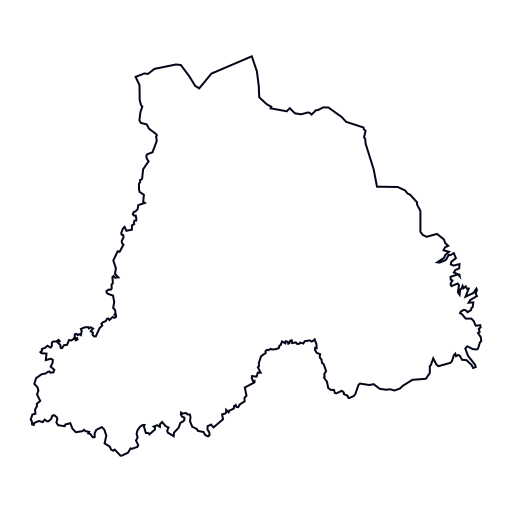 the district of Bela Vista, Mato Grosso do Sul, Brazil
{"feature_id": "56859067B95751295676560", "entity_name": "Bela Vista", "entity_type": "district", "adm_level": 2, "iso_a3": "BRA", "parent_name": "Brazil", "parent_adm1": "Mato Grosso do Sul", "projection": "natural_earth1", "projection_center": [-56.561, -21.914], "detail": "fine", "context": "isolated", "style": "outline", "palette": "ink", "viewbox_px": 512, "rotation_deg": 0, "n_neighbors": 0, "source": "geoboundaries", "source_scale": "gbopen_adm2", "svg_char_len": 6013}
<svg xmlns="http://www.w3.org/2000/svg" viewBox="0 0 512 512"><path d="M479.6,331.9L478.8,328.9L480.6,327.3L480.2,325.2L475.7,325.7L473.7,321.1L471.4,318.6L465.7,318.6L461.6,313.8L460.1,313.3L460.8,311.5L464.0,309.8L466.2,310.6L467.5,312.2L471.1,310.0L471.3,308.2L472.7,307.1L473.3,302.4L468.6,302.7L470.3,300.0L476.9,296.1L475.6,293.4L477.0,290.0L476.4,288.6L473.2,293.1L465.5,296.7L468.7,288.6L466.8,288.6L465.7,286.3L463.6,288.1L462.6,285.9L461.5,288.9L460.1,289.5L459.6,294.7L457.9,292.2L459.0,285.3L457.7,283.5L451.5,286.1L450.5,284.1L452.4,280.5L450.7,279.6L450.6,276.8L458.0,274.3L453.9,272.5L455.4,270.0L459.2,268.4L459.5,264.1L453.5,265.6L450.8,264.4L451.3,261.8L455.9,258.2L453.8,253.2L450.2,255.2L448.7,255.0L445.8,260.0L439.6,262.6L437.3,262.3L444.1,257.8L445.3,255.0L449.0,251.8L443.6,250.3L444.9,247.5L448.2,245.8L445.3,243.2L443.8,239.3L437.0,233.9L426.6,236.8L422.7,234.9L420.4,231.7L420.4,210.8L417.0,204.5L417.1,202.4L410.2,194.8L407.4,193.4L405.2,190.5L397.7,187.0L377.0,186.7L373.7,169.5L365.6,143.6L365.2,138.8L364.0,137.3L365.6,130.9L363.9,129.3L363.5,127.5L346.1,121.8L341.8,117.1L328.4,107.5L323.2,107.4L317.9,110.1L316.0,110.2L311.6,114.6L309.5,112.7L307.8,112.5L301.0,114.3L294.9,113.3L289.8,108.2L286.8,111.3L270.6,108.3L271.3,106.7L266.8,104.3L259.2,97.3L258.8,86.5L256.9,71.4L251.8,56.3L211.4,73.6L199.2,88.4L195.1,85.8L189.3,76.3L180.8,65.0L175.9,64.5L154.4,68.9L148.0,73.9L144.2,73.5L135.6,76.9L139.5,85.1L139.7,100.1L141.0,105.1L142.3,106.6L140.4,112.3L139.4,120.3L140.9,122.9L146.7,124.4L148.9,128.6L155.9,133.9L156.9,135.3L156.1,136.8L156.8,140.8L152.5,152.3L147.1,154.3L146.3,156.1L146.8,158.7L148.6,161.3L143.1,169.3L142.2,178.1L141.5,179.5L140.1,180.0L140.2,181.8L139.0,183.8L139.0,189.7L139.6,191.9L143.9,194.8L143.2,201.8L144.8,202.9L138.2,205.2L137.7,209.0L135.4,211.5L133.7,212.0L132.8,214.4L134.2,215.7L135.7,215.5L136.4,218.9L136.1,220.6L134.6,220.6L133.9,222.1L134.2,224.1L131.9,225.4L131.9,229.7L126.4,230.8L124.6,226.9L122.8,228.7L121.3,233.0L121.6,234.7L123.2,235.1L123.6,236.9L121.7,241.2L122.1,243.3L123.5,244.7L119.6,251.8L117.7,251.3L113.3,260.5L115.9,268.3L115.0,273.9L118.3,277.4L115.0,277.7L113.5,276.0L112.4,277.1L112.9,283.1L111.5,284.7L111.7,288.4L110.8,289.7L108.7,289.6L106.4,291.1L106.8,292.9L108.1,293.9L113.0,295.6L114.2,301.9L113.2,308.0L115.1,310.1L115.5,313.3L114.5,314.6L116.0,315.0L116.0,316.9L114.3,317.8L112.8,317.0L109.4,320.0L108.5,318.6L107.1,318.7L105.8,321.1L102.8,322.3L101.4,323.8L102.3,325.5L99.5,328.2L95.8,336.4L94.2,336.4L92.5,334.7L92.9,332.6L90.8,331.3L93.1,328.6L90.6,327.3L89.0,328.5L88.2,327.1L84.5,327.4L80.9,329.0L81.7,331.2L80.8,335.2L79.1,334.2L77.7,335.1L76.4,333.9L74.8,334.3L74.6,338.3L71.2,340.5L69.1,340.0L67.0,344.9L64.1,345.1L61.9,348.2L60.7,347.8L60.2,344.8L57.9,342.8L59.7,341.2L58.7,339.9L56.1,341.5L53.0,341.5L51.9,342.7L51.8,346.1L50.6,347.6L47.5,345.8L44.8,348.0L41.9,349.0L42.0,350.7L40.4,352.1L41.4,353.2L46.5,353.6L45.8,360.1L50.9,358.7L52.8,359.9L52.6,362.7L50.7,366.6L54.3,369.9L53.4,372.4L50.4,372.7L49.5,371.5L48.2,371.7L45.4,373.5L41.6,374.3L36.2,378.0L34.3,383.8L37.6,387.4L38.4,390.8L37.0,394.4L40.2,400.9L36.8,403.9L37.0,406.0L35.1,409.5L35.4,413.8L32.4,414.5L30.7,419.7L31.7,420.9L32.2,424.6L33.8,424.9L34.1,423.0L38.7,421.0L42.7,422.1L44.7,419.6L47.0,421.3L48.4,421.3L51.0,419.1L52.4,415.6L54.2,415.2L56.8,417.3L57.3,419.2L56.4,422.5L58.1,425.2L64.7,426.2L65.3,424.5L70.3,423.2L72.4,428.6L75.8,432.2L82.4,431.2L84.0,429.8L85.6,431.2L89.1,431.9L88.3,433.4L90.2,433.9L92.9,437.4L94.7,437.1L94.6,433.5L96.3,429.9L101.8,427.1L104.3,429.6L106.3,435.6L104.6,443.4L109.8,446.6L111.1,449.6L113.1,450.7L114.7,449.6L120.5,455.7L121.8,455.6L128.0,452.7L130.5,448.4L132.0,448.8L137.5,446.8L138.2,445.1L136.0,440.5L137.6,437.5L136.6,433.9L137.4,430.5L139.8,427.0L142.5,425.1L144.5,425.0L143.9,426.5L145.8,432.9L148.6,433.2L149.5,434.3L155.0,429.5L154.9,427.5L153.7,426.6L157.2,425.2L159.9,426.8L160.0,424.2L162.1,422.0L165.6,426.1L168.5,427.5L167.2,430.7L167.8,432.6L173.7,436.2L174.0,432.6L178.6,427.8L180.4,422.8L183.4,421.2L184.4,419.8L184.4,417.6L182.0,416.6L180.8,414.4L181.1,412.5L182.6,413.6L186.0,413.0L187.4,414.4L189.9,414.5L190.5,417.0L190.0,421.2L192.2,426.7L196.8,429.0L197.9,430.9L203.5,432.0L205.1,434.9L208.0,436.4L209.5,435.2L209.3,432.4L207.4,429.3L207.7,426.1L211.1,424.6L213.5,427.4L223.0,419.3L222.1,414.3L225.2,413.6L226.2,412.2L226.2,409.9L228.6,412.3L229.2,410.7L233.9,408.5L233.9,406.3L235.7,405.0L236.4,406.9L238.2,407.2L239.8,404.4L244.6,401.4L244.5,397.6L246.5,395.8L244.8,387.5L254.5,382.4L254.5,380.9L253.1,381.3L251.7,378.0L252.0,376.1L256.6,376.6L257.8,372.6L260.6,372.7L257.9,367.2L258.9,366.3L258.9,362.9L261.0,356.3L265.7,353.0L265.5,351.3L266.7,349.9L268.4,350.2L270.8,348.8L272.0,349.5L276.3,349.1L278.9,348.0L279.3,345.8L280.7,345.0L282.0,341.5L285.3,343.3L285.6,341.3L287.6,341.7L288.3,343.7L289.5,342.9L290.2,340.7L291.7,340.3L292.2,343.1L295.8,342.4L297.0,343.9L299.1,343.9L300.1,342.6L303.3,343.5L304.7,341.2L309.9,340.4L311.5,341.5L312.8,341.1L314.6,339.4L316.4,344.2L316.7,348.2L315.1,347.9L315.1,350.3L316.8,352.9L320.2,354.2L319.7,356.5L320.2,358.2L321.5,359.4L322.0,362.9L323.6,364.0L326.1,371.1L324.2,374.2L324.7,376.3L324.0,377.5L327.0,381.9L328.2,387.9L330.9,390.0L333.9,389.9L334.8,392.8L336.2,393.4L341.8,390.8L343.7,392.4L344.0,394.2L347.6,395.7L348.0,397.5L349.2,398.1L353.9,395.9L355.4,393.9L358.5,384.9L360.0,383.6L369.2,385.0L373.7,384.2L379.7,388.8L385.7,389.7L390.3,389.3L394.5,390.5L400.0,388.5L402.8,385.8L412.4,379.8L425.8,378.8L429.8,373.1L429.8,366.2L430.9,365.0L433.2,358.4L436.5,364.7L438.4,366.2L450.5,362.8L452.0,361.0L453.9,355.2L455.3,353.7L456.1,356.2L458.1,355.0L459.8,355.8L462.1,359.8L466.4,360.1L471.7,365.1L473.1,368.0L475.7,367.0L475.1,364.8L468.0,355.8L465.3,348.5L467.3,346.3L472.8,349.1L476.6,349.5L478.0,348.6L479.9,342.5L481.3,341.0L480.7,337.0L478.0,333.0L479.6,331.9ZM74.6,338.3L77.1,338.1L77.5,339.5L75.8,340.3L74.6,338.3ZM458.0,274.3L459.7,276.3L459.4,274.6L458.0,274.3Z" fill="none" stroke="#020617" stroke-width="2"/></svg>